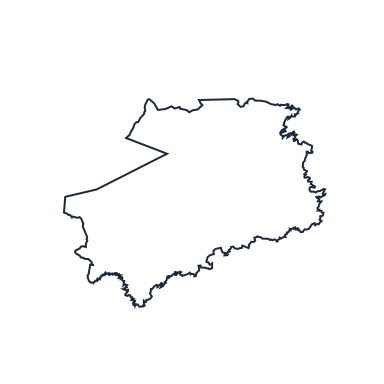 Akyem Mansa, Eastern, Ghana (Equal Earth projection), rotated 234°
{"feature_id": "2480657B32538733435540", "entity_name": "Akyem Mansa", "entity_type": "district", "adm_level": 2, "iso_a3": "GHA", "parent_name": "Ghana", "parent_adm1": "Eastern", "projection": "equal_earth", "projection_center": [-1.143, 6.082], "detail": "fine", "context": "isolated", "style": "outline", "palette": "slate", "viewbox_px": 384, "rotation_deg": 234, "n_neighbors": 0, "source": "geoboundaries", "source_scale": "gbopen_adm2", "svg_char_len": 5972}
<svg xmlns="http://www.w3.org/2000/svg" viewBox="0 0 384 384"><g transform="rotate(234 192 192)"><path d="M128.7,84.0L129.0,85.9L128.0,85.8L128.0,87.0L129.4,87.0L132.3,89.1L130.2,89.5L130.1,90.1L131.5,91.8L130.4,93.6L130.3,96.0L131.0,98.0L134.7,98.4L135.5,99.9L137.7,101.8L136.9,102.9L137.8,105.9L137.8,108.6L136.9,109.0L135.3,108.1L135.2,108.5L136.1,110.7L135.4,111.8L136.3,112.9L136.3,113.9L135.1,114.0L133.3,110.6L132.9,113.1L133.8,115.5L133.9,117.3L135.0,116.9L135.6,119.6L138.1,122.4L137.7,123.7L136.1,123.0L136.1,123.7L137.0,124.4L136.1,126.3L136.6,128.2L136.0,129.7L137.3,131.2L136.3,132.1L134.6,129.8L134.1,130.3L135.0,134.1L134.8,135.2L133.6,136.0L133.5,134.4L132.0,133.9L130.8,135.0L129.8,134.9L128.0,140.7L128.0,142.8L126.1,142.5L126.0,143.7L124.6,145.0L123.5,145.2L122.4,144.3L121.8,145.7L123.8,147.8L124.4,151.8L128.5,154.0L127.6,155.6L125.6,154.9L122.8,158.5L121.5,159.0L120.5,160.5L119.4,160.7L118.5,163.4L122.4,166.3L122.3,164.6L122.9,163.6L125.5,163.9L126.7,162.6L127.6,163.1L130.1,166.3L130.3,169.6L128.9,173.2L131.4,174.5L131.9,175.2L132.1,177.5L130.0,182.5L125.2,181.1L123.2,183.0L121.6,181.0L120.1,183.5L120.4,184.4L122.0,184.3L122.7,186.7L121.8,186.9L121.7,187.6L123.4,188.0L123.3,189.7L124.5,191.3L123.5,193.4L121.0,193.6L118.8,196.0L118.6,197.4L117.5,199.4L119.0,201.3L113.4,204.8L114.8,206.5L115.7,206.7L116.7,210.8L115.2,212.9L115.5,214.6L118.4,215.6L117.4,218.0L117.7,218.7L114.8,221.1L113.1,221.4L109.0,226.5L107.5,226.7L107.2,228.0L105.8,228.5L105.3,230.6L104.5,231.5L102.0,231.5L101.8,232.3L102.5,232.7L102.8,233.7L102.4,235.1L103.5,236.2L101.9,237.0L101.7,240.3L100.6,241.2L102.8,242.1L102.3,244.2L103.5,244.9L102.8,246.4L103.7,247.8L103.0,249.1L104.7,249.6L103.6,250.6L103.4,252.1L102.2,252.7L103.2,254.1L102.6,254.8L100.6,254.1L100.5,256.2L99.5,256.5L98.7,255.4L97.4,256.4L95.7,256.3L94.6,257.9L95.6,261.2L94.3,262.5L93.5,264.7L95.3,270.1L94.8,272.8L92.7,272.1L92.7,274.4L91.4,275.5L92.2,277.6L92.4,279.8L94.5,278.9L95.8,281.0L97.0,281.4L96.0,284.0L97.9,286.1L99.3,285.0L100.6,285.6L101.8,284.1L102.7,284.6L103.2,282.9L103.8,283.7L105.3,284.2L105.7,285.8L107.6,288.1L108.4,291.1L110.4,288.4L111.5,290.9L113.6,289.6L114.8,289.7L113.8,292.0L112.3,292.9L111.4,297.6L112.0,298.5L112.6,296.4L113.8,296.6L116.0,301.2L117.1,300.3L117.5,296.6L118.8,293.7L119.1,291.5L120.2,291.2L122.7,288.1L124.7,288.4L126.4,289.9L125.9,291.5L123.5,293.7L124.1,294.7L128.6,292.8L129.9,294.8L132.2,292.1L133.3,292.8L133.5,295.2L134.3,295.6L136.0,294.5L136.8,292.1L137.7,291.5L138.9,292.5L139.1,294.3L140.5,293.4L140.8,296.6L141.3,297.3L144.4,295.7L146.0,296.6L147.6,296.4L148.5,297.8L150.5,299.0L151.0,301.6L152.2,302.7L154.6,306.7L157.1,308.3L156.9,309.3L154.6,309.5L153.1,312.4L153.8,313.2L155.5,312.7L157.3,315.2L159.0,316.2L163.1,313.5L164.5,313.5L165.5,312.3L167.1,312.2L167.2,310.1L166.1,308.5L168.7,306.3L171.7,307.9L173.2,307.6L172.9,305.5L173.5,304.4L173.9,304.7L174.1,306.0L175.2,305.4L175.3,307.0L176.5,308.5L176.7,310.5L177.2,310.3L178.0,307.9L180.0,309.9L181.0,310.0L181.1,309.3L180.1,308.3L179.5,306.3L180.0,306.0L180.4,307.3L181.0,307.6L182.5,304.2L182.0,303.6L179.9,303.8L180.0,301.5L181.2,302.8L182.8,301.3L183.2,299.7L182.6,297.4L184.1,298.5L185.1,297.7L187.0,297.5L188.6,298.9L188.7,300.3L188.2,300.7L187.8,299.5L187.2,299.4L186.1,303.5L187.4,303.6L189.1,302.3L188.6,306.5L189.3,306.8L190.0,305.9L192.3,305.3L192.7,306.5L193.5,306.7L195.1,309.3L196.7,313.0L196.6,314.0L195.9,314.6L194.4,313.0L194.3,314.9L195.4,317.4L194.5,317.0L192.6,319.7L194.4,320.9L193.3,321.7L193.7,322.7L193.4,324.2L194.2,324.2L194.9,325.3L195.3,327.6L196.5,327.7L197.4,326.4L197.6,324.6L200.3,324.3L200.5,320.3L201.4,320.3L202.4,323.9L202.8,324.1L203.2,323.7L202.9,321.5L203.3,319.1L204.4,317.7L204.9,320.4L206.1,321.5L206.8,320.1L207.2,320.4L208.0,317.8L210.4,315.0L209.9,314.2L210.3,313.7L212.8,312.7L213.0,311.0L216.8,307.5L221.4,305.1L225.6,301.1L228.7,296.9L231.7,296.2L233.6,293.1L232.7,290.1L231.3,289.0L232.7,288.2L232.3,286.3L231.0,284.0L232.4,281.3L236.4,280.6L237.0,282.1L238.5,282.9L242.2,280.9L262.3,251.7L258.5,251.1L256.2,251.5L255.4,245.1L257.7,240.6L258.2,236.6L261.6,235.7L266.3,231.4L267.2,232.0L268.1,231.8L269.6,227.2L273.4,225.7L274.8,219.2L278.4,212.7L286.0,213.5L291.6,212.2L292.6,211.3L292.6,210.3L290.2,205.6L288.5,203.6L284.9,201.7L284.6,200.3L283.4,199.2L282.1,193.3L280.5,190.3L280.3,189.2L281.1,188.3L280.9,186.0L279.5,183.3L278.7,182.8L276.1,176.9L274.9,175.3L274.4,170.4L237.6,194.3L250.1,116.4L262.6,86.6L250.6,76.3L247.8,78.3L246.2,78.5L245.1,79.9L242.3,79.9L242.8,80.5L238.3,84.3L237.7,86.3L235.7,86.7L230.3,85.5L228.2,83.3L217.1,80.7L215.9,79.1L214.4,78.9L212.3,75.5L209.8,73.8L212.2,72.1L213.1,69.7L212.3,68.0L213.1,63.3L212.2,62.1L210.2,62.1L206.2,63.8L204.6,63.5L202.6,65.5L201.4,65.5L198.6,68.8L194.2,69.6L193.2,68.7L191.4,69.1L191.1,69.0L193.0,66.9L186.5,60.3L185.9,58.7L183.7,57.2L180.0,56.3L177.6,57.4L176.9,59.1L176.3,58.9L176.6,60.7L175.9,61.0L176.8,61.0L177.0,61.6L176.4,63.4L175.9,63.2L176.0,64.0L176.9,63.5L177.5,64.6L176.4,65.2L176.6,66.7L175.9,66.7L177.2,68.3L176.9,69.3L177.6,69.8L176.9,70.5L177.4,71.5L176.3,72.1L176.1,73.3L176.7,74.2L177.4,73.7L177.8,74.7L175.6,75.2L175.3,77.1L174.9,77.0L174.7,76.0L173.6,76.2L173.1,77.4L173.7,78.3L172.9,78.8L172.7,79.7L171.7,79.5L171.8,81.8L171.4,82.4L170.8,81.0L170.3,81.2L170.3,83.5L168.9,83.9L169.6,82.9L169.2,82.2L168.0,83.6L168.0,84.5L167.4,84.1L166.7,85.1L166.7,83.4L166.3,82.9L165.3,84.1L165.1,83.0L164.5,84.1L163.9,83.5L163.9,85.2L163.0,84.9L162.1,83.7L160.2,84.0L159.8,84.8L157.0,81.9L157.2,83.2L154.9,84.7L154.9,83.4L153.4,83.3L153.9,82.2L153.4,81.3L154.0,80.6L153.6,79.9L153.9,79.3L152.3,80.1L152.3,81.1L150.7,81.0L150.5,82.7L149.9,82.6L149.0,80.8L148.7,78.3L147.7,77.4L145.9,78.7L145.9,80.2L144.8,80.5L144.6,81.3L141.6,80.6L141.6,81.3L141.0,80.8L140.2,81.7L140.0,79.7L137.9,81.8L137.5,80.8L137.2,82.6L136.9,80.4L135.6,79.7L136.2,78.9L135.1,78.2L134.4,80.1L133.2,79.2L133.8,81.0L132.7,82.0L130.2,82.0L128.7,84.0Z" fill="none" stroke="#1e293b" stroke-width="2"/></g></svg>